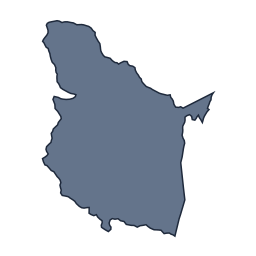 outline of Rio do Campo, Santa Catarina, Brazil, rotated 268°
{"feature_id": "56859067B84432632001566", "entity_name": "Rio do Campo", "entity_type": "district", "adm_level": 2, "iso_a3": "BRA", "parent_name": "Brazil", "parent_adm1": "Santa Catarina", "projection": "mercator", "projection_center": [-50.112, -26.91], "detail": "fine", "context": "isolated", "style": "filled", "palette": "slate", "viewbox_px": 256, "rotation_deg": 268, "n_neighbors": 0, "source": "geoboundaries", "source_scale": "gbopen_adm2", "svg_char_len": 3034}
<svg xmlns="http://www.w3.org/2000/svg" viewBox="0 0 256 256"><g transform="rotate(268 128 128)"><path d="M41.6,90.8L42.5,93.4L40.2,94.5L37.9,96.7L36.3,98.8L34.1,98.9L31.8,97.9L29.7,98.1L28.5,99.7L26.9,102.0L25.2,104.8L27.3,107.3L29.6,107.5L31.3,106.3L33.7,105.8L36.8,107.0L38.0,109.1L37.3,111.8L37.7,114.9L35.6,117.3L34.7,120.8L31.7,122.9L31.2,125.2L30.6,127.8L30.4,130.7L28.6,133.8L29.9,136.6L30.2,139.5L30.7,142.7L29.1,144.3L27.2,146.7L25.4,150.4L25.1,154.3L24.7,157.4L21.2,160.4L21.6,163.0L21.6,165.7L20.4,167.3L19.7,169.2L18.3,171.1L35.4,175.9L39.8,177.5L54.2,182.3L65.2,181.4L91.5,179.5L97.2,181.1L105.6,182.7L108.1,183.3L110.8,184.1L113.5,183.8L115.9,182.6L118.9,181.8L121.9,182.5L124.1,182.7L126.0,182.6L128.0,182.8L130.0,183.9L131.9,184.9L133.9,185.3L136.8,185.3L138.2,187.1L139.2,190.0L137.4,192.0L134.2,192.5L133.5,195.1L135.3,196.5L137.0,197.5L138.4,198.8L136.0,199.6L134.0,200.9L130.9,202.5L133.0,203.2L135.1,203.8L137.2,204.8L139.7,206.4L141.5,207.6L143.6,209.6L144.8,208.1L147.0,208.9L149.1,209.9L151.4,210.7L153.2,211.9L155.9,212.2L158.4,213.2L160.2,214.5L145.9,183.7L147.4,181.4L146.8,179.4L147.2,176.3L150.1,174.7L153.3,174.2L155.5,173.1L157.1,171.8L159.7,171.3L159.3,168.5L160.3,165.0L161.0,162.5L161.7,160.5L162.8,158.6L164.1,156.3L165.6,153.7L166.9,152.0L167.7,150.1L168.8,147.7L170.7,146.0L172.2,144.7L174.0,143.4L176.6,142.9L178.2,141.3L180.6,140.1L182.7,138.6L185.4,137.4L188.1,137.0L189.6,134.9L190.3,131.9L191.7,130.4L194.4,129.4L194.8,126.3L193.4,123.0L192.2,120.8L193.6,119.3L193.9,117.2L195.9,114.6L198.3,112.6L199.2,109.8L199.9,107.3L201.5,105.8L204.1,104.3L206.2,103.5L208.2,103.3L210.1,103.2L213.3,102.8L215.8,101.2L219.1,99.5L221.8,98.3L224.7,98.5L226.6,96.3L229.1,94.7L230.9,92.3L231.7,89.9L232.6,87.4L233.0,85.3L233.0,83.1L233.0,80.4L234.9,77.2L235.5,74.2L236.2,71.3L236.3,68.2L235.7,65.7L237.2,63.1L237.7,60.8L237.3,58.3L236.9,55.6L236.4,52.8L235.4,51.0L233.6,50.0L230.9,50.8L228.4,51.5L225.9,51.4L223.6,50.1L221.3,48.1L219.4,46.6L217.6,45.7L216.0,47.0L213.7,48.0L211.5,49.1L210.3,51.0L207.9,51.5L205.2,52.5L202.2,52.9L199.2,53.6L196.3,54.6L193.9,56.8L190.7,58.0L188.4,57.8L186.1,58.1L184.3,59.2L182.4,58.8L180.4,58.7L176.7,58.8L174.8,60.2L172.7,61.2L170.7,61.9L168.8,64.4L167.1,67.3L165.8,69.5L164.5,72.1L163.9,75.0L163.1,77.1L161.2,76.5L159.6,74.2L158.8,70.8L158.7,67.2L159.1,64.0L159.6,61.9L161.0,59.4L162.1,55.3L159.2,54.0L156.3,55.0L154.3,55.7L152.2,55.8L150.0,55.8L147.1,58.3L143.8,60.2L141.9,61.3L139.6,61.6L137.8,60.1L136.0,58.6L133.5,57.7L131.7,55.6L129.6,53.3L127.3,52.6L125.3,51.1L122.9,51.4L120.4,51.8L118.3,51.0L116.3,50.5L114.5,48.4L112.2,46.0L109.6,45.3L107.6,45.8L104.9,47.3L103.3,46.1L101.8,44.0L100.4,41.5L97.3,42.3L94.0,43.7L93.3,45.7L91.4,47.3L88.2,49.8L86.9,52.4L84.8,53.7L81.9,55.5L80.2,57.1L78.2,58.4L75.7,59.0L73.3,58.0L70.5,58.5L68.3,59.1L65.5,58.4L62.9,59.9L62.2,63.1L61.4,66.0L59.9,67.8L58.3,70.2L56.7,72.2L54.2,73.8L51.4,76.6L49.9,79.0L49.5,81.3L49.9,84.3L49.9,86.4L47.1,86.3L44.2,86.1L42.8,88.1L41.6,90.8Z" fill="#64748b" stroke="#1e293b" stroke-width="1.5"/></g></svg>